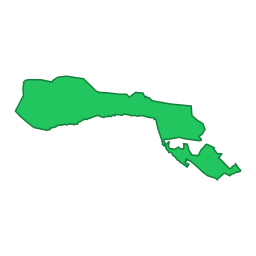 Santa Cruz Mixtepec, Oaxaca, Mexico (orthographic projection)
{"feature_id": "50627088B82303244388896", "entity_name": "Santa Cruz Mixtepec", "entity_type": "district", "adm_level": 2, "iso_a3": "MEX", "parent_name": "Mexico", "parent_adm1": "Oaxaca", "projection": "orthographic", "projection_center": [-96.883, 16.781], "detail": "fine", "context": "isolated", "style": "filled", "palette": "green", "viewbox_px": 256, "rotation_deg": 0, "n_neighbors": 0, "source": "geoboundaries", "source_scale": "gbopen_adm2", "svg_char_len": 5438}
<svg xmlns="http://www.w3.org/2000/svg" viewBox="0 0 256 256"><path d="M57.7,77.3L53.9,79.7L52.8,80.5L52.1,82.0L41.1,79.8L29.0,79.7L25.7,80.2L23.8,81.8L23.0,88.8L23.5,95.4L15.4,111.1L20.5,116.6L27.4,122.4L33.8,127.5L45.2,129.9L45.5,130.0L46.0,130.1L46.2,130.3L46.3,130.3L46.5,130.4L46.7,130.2L46.8,130.1L47.4,129.9L47.7,129.9L48.0,130.0L48.3,130.0L48.7,129.8L48.8,129.7L49.0,129.7L49.3,129.5L49.5,129.5L49.8,129.5L50.0,129.5L50.0,129.4L49.9,129.2L49.8,128.9L49.7,128.3L50.9,128.1L51.0,128.1L51.5,127.8L52.7,127.7L54.1,127.2L54.3,127.4L54.7,127.3L55.2,126.8L55.6,127.0L55.9,126.9L56.6,126.0L56.7,125.9L57.0,125.9L57.4,125.4L57.6,125.3L58.4,125.5L58.8,125.2L59.1,125.1L60.4,125.2L61.1,125.0L61.3,125.0L61.7,125.3L62.2,124.8L63.0,124.8L63.6,124.8L64.6,124.2L66.3,124.7L66.9,125.1L67.6,124.5L68.8,123.8L69.0,123.9L69.3,124.2L69.8,124.2L70.3,123.9L70.9,124.3L72.1,124.0L73.0,124.2L73.3,124.6L73.5,124.7L73.9,124.5L75.2,124.6L76.3,123.7L77.2,124.0L77.5,124.2L77.9,123.5L78.4,122.0L80.0,121.7L81.5,120.9L82.4,119.9L83.2,120.1L83.5,120.0L84.3,118.8L85.0,119.1L86.5,119.4L86.9,119.5L88.8,118.3L90.3,118.3L90.8,117.7L91.2,117.6L91.3,117.5L94.2,116.6L95.2,116.1L96.1,116.1L97.0,115.6L97.2,115.4L98.4,115.3L98.7,115.7L99.7,116.4L102.7,117.1L102.8,117.3L104.0,117.4L104.5,117.2L105.2,116.4L105.9,116.4L106.5,116.7L108.2,116.6L108.5,115.7L109.4,116.4L111.1,116.6L112.4,115.3L112.6,115.5L114.2,115.6L115.3,115.6L115.4,115.4L115.1,114.8L115.3,114.5L115.6,114.4L116.3,114.6L118.2,114.6L118.9,114.8L120.0,114.8L120.2,115.0L122.2,115.4L122.6,115.2L123.6,114.2L124.2,114.3L125.1,114.2L125.9,114.2L126.1,114.3L126.3,114.6L127.5,114.6L127.8,114.7L128.1,114.6L130.8,115.5L131.3,115.7L131.7,115.6L132.0,115.6L132.3,115.7L133.2,115.7L134.0,115.5L135.3,115.5L136.7,116.1L137.7,116.2L138.7,116.1L139.3,115.7L140.3,115.6L142.4,115.8L143.9,116.0L145.9,116.8L147.6,117.0L148.0,117.3L149.0,117.4L151.5,117.8L152.8,117.8L153.9,117.8L154.4,118.7L154.2,119.2L154.9,118.9L155.7,119.0L158.2,129.6L161.4,139.0L161.6,139.3L161.7,139.6L161.9,140.6L161.9,141.1L162.2,141.8L162.3,142.2L162.5,142.3L162.5,142.5L162.5,142.8L162.5,143.1L162.5,143.4L162.4,144.1L162.4,144.3L162.5,144.3L163.2,144.7L163.3,144.8L163.3,145.0L163.4,145.3L163.6,145.7L164.4,145.5L164.9,145.6L165.4,146.6L166.3,149.0L167.3,150.1L168.3,151.3L168.7,152.4L169.0,152.5L169.9,152.4L170.9,152.4L171.5,152.7L171.9,153.1L172.0,153.4L172.1,153.6L172.4,154.8L173.0,155.3L173.1,155.6L173.7,155.8L174.4,156.4L175.1,156.9L175.3,157.1L175.6,157.5L177.4,160.0L179.1,160.8L179.6,161.1L179.8,161.6L179.9,162.2L180.5,162.7L182.1,163.1L182.3,163.4L182.7,163.9L182.8,164.0L183.1,164.1L183.4,164.3L183.7,164.5L183.8,164.7L185.8,165.8L185.9,166.3L186.0,166.3L186.2,166.5L186.4,166.6L187.0,167.0L187.0,166.4L187.1,166.2L187.3,166.0L187.5,165.9L188.3,165.7L188.8,164.1L188.2,163.9L187.9,163.8L187.6,163.7L187.3,163.5L187.0,163.6L186.9,163.5L186.3,163.2L185.9,163.0L185.4,162.8L185.0,162.7L185.4,161.5L185.7,161.4L185.8,161.3L185.9,161.2L186.2,161.0L186.3,160.7L186.6,160.6L185.8,159.7L186.1,159.0L187.6,159.4L187.9,159.7L188.4,160.1L190.0,161.0L190.6,161.3L190.9,161.4L191.0,161.5L192.1,162.4L194.7,164.6L195.7,165.5L200.1,169.5L202.2,171.5L203.3,172.5L203.8,172.9L207.7,175.7L208.6,176.0L212.1,177.2L212.3,177.3L212.4,177.2L213.9,177.6L214.8,178.0L216.2,178.8L216.8,179.3L217.3,179.8L218.0,178.7L218.7,178.0L219.4,177.5L220.4,176.5L220.6,176.1L220.8,176.2L221.1,175.9L222.3,174.9L222.9,174.3L224.3,173.0L226.4,174.1L228.0,174.9L229.7,175.8L231.2,174.6L232.1,173.8L232.3,173.8L232.5,173.7L233.4,173.7L233.9,173.6L234.6,173.2L236.3,172.0L236.8,171.9L237.5,172.3L240.0,171.5L240.6,170.1L239.0,168.8L238.1,167.5L238.0,167.4L237.2,166.4L237.0,166.0L236.3,164.8L236.1,164.6L235.9,164.3L235.5,163.9L235.4,164.5L234.9,165.2L233.7,165.8L232.2,166.4L231.7,167.8L229.6,168.8L229.0,168.0L228.0,167.2L227.0,166.1L224.6,163.8L224.5,163.4L223.2,162.2L222.4,161.3L220.2,159.2L218.6,158.1L221.7,154.0L220.3,153.6L220.0,153.6L219.9,153.6L219.1,153.7L218.6,153.8L217.2,153.6L217.0,153.3L216.7,153.0L215.5,151.3L215.0,150.6L214.9,150.4L214.3,149.7L213.6,149.1L214.3,147.9L213.5,147.5L213.2,147.3L212.6,146.9L210.7,146.1L209.1,145.2L208.7,145.1L206.6,144.2L206.3,144.4L205.7,144.7L205.2,145.2L204.1,146.7L203.6,147.3L202.9,148.2L202.0,148.9L201.5,149.3L200.0,151.9L198.1,155.7L197.7,155.6L197.2,155.5L193.0,155.0L192.9,155.0L191.9,155.0L191.7,154.8L191.2,153.7L190.9,153.2L190.6,152.9L190.2,152.3L189.8,151.5L189.1,150.4L188.7,149.7L188.4,148.5L188.4,148.1L188.2,147.1L187.5,145.1L187.3,144.1L187.1,144.1L186.6,144.1L186.1,144.0L185.5,144.0L184.2,143.7L183.6,143.6L183.9,145.4L184.1,145.8L183.9,146.1L183.8,148.0L183.1,149.0L182.6,148.9L181.9,148.8L181.5,148.8L181.0,148.8L180.5,148.7L179.5,148.1L178.3,147.1L175.9,148.6L174.0,149.3L172.2,148.9L170.0,148.6L168.3,146.5L169.2,142.0L168.5,141.9L167.5,143.1L166.9,143.7L166.3,144.0L165.5,145.6L165.4,144.9L165.2,144.6L164.9,142.7L164.8,142.4L164.5,141.9L164.2,141.3L164.0,140.9L164.1,140.4L164.4,139.2L167.9,139.4L179.1,137.3L184.9,138.8L185.2,138.8L198.4,140.6L198.9,140.7L199.7,140.7L201.1,140.3L200.9,140.0L201.1,139.2L198.9,136.5L202.0,134.3L205.0,129.5L202.9,123.7L197.1,120.1L191.9,115.5L191.2,106.0L170.3,104.0L162.4,102.6L152.3,100.8L148.9,97.6L146.9,97.7L146.7,97.7L146.5,96.4L144.7,97.0L143.1,93.1L135.6,92.4L129.4,97.1L126.3,94.2L119.0,94.2L108.1,92.9L99.8,92.4L96.0,91.1L93.3,88.3L83.3,78.6L78.5,78.1L74.3,77.4L66.6,76.2L57.7,77.3Z" fill="#22c55e" stroke="#15803d" stroke-width="1.5"/></svg>